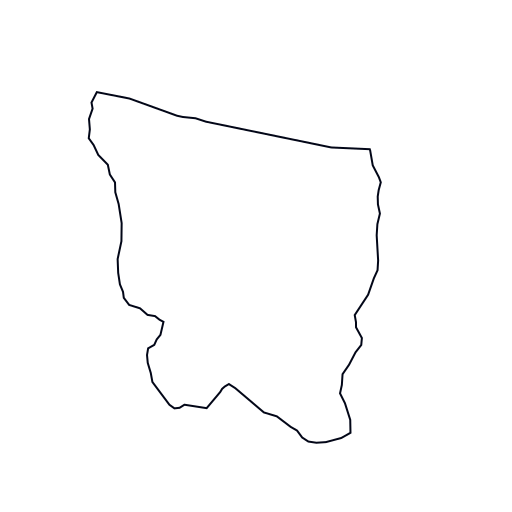 outline of Gharb - Chrarda - Béni Hssen, rotated 76°
{"feature_id": "MAR-1448", "entity_name": "Gharb - Chrarda - Béni Hssen", "entity_type": "Region", "adm_level": 1, "iso_a3": "MAR", "parent_name": "Morocco", "parent_adm1": "", "projection": "robinson", "projection_center": [-5.873, 34.557], "detail": "fine", "context": "isolated", "style": "outline", "palette": "ink", "viewbox_px": 512, "rotation_deg": 76, "n_neighbors": 0, "source": "natural_earth", "source_scale": "10m", "svg_char_len": 1237}
<svg xmlns="http://www.w3.org/2000/svg" viewBox="0 0 512 512"><g transform="rotate(76 256 256)"><path d="M58.5,370.8L72.6,340.7L100.8,298.7L103.4,293.4L107.7,281.4L113.6,272.0L168.9,156.7L179.9,119.8L180.0,119.8L181.2,119.7L196.3,120.8L209.3,117.7L214.7,117.1L221.7,121.0L227.7,123.5L235.4,125.2L244.8,125.5L254.4,130.5L265.1,133.9L290.0,138.6L299.2,141.5L306.1,147.0L320.7,156.6L337.2,174.5L344.4,175.0L349.4,176.2L361.2,173.1L367.8,175.4L373.5,182.7L384.0,192.0L391.6,200.6L401.9,203.9L409.6,207.7L420.4,205.3L437.8,204.2L450.4,207.1L453.2,217.2L453.5,233.2L451.8,242.6L448.7,250.1L443.3,255.1L435.3,258.4L430.2,263.7L416.6,274.6L409.7,286.2L379.2,308.1L373.7,313.3L375.1,317.9L376.7,321.0L379.3,323.6L391.7,340.7L383.0,361.4L384.8,366.9L384.1,372.0L379.4,376.0L353.2,387.0L344.0,386.4L333.5,386.9L325.7,385.7L319.5,383.0L317.6,376.2L312.9,372.5L309.4,367.8L297.5,361.7L294.5,365.0L289.9,368.5L286.9,375.5L278.7,381.2L272.8,390.9L264.6,394.4L258.6,393.7L250.6,394.9L239.0,393.8L225.5,391.0L209.1,383.0L191.6,378.4L172.4,376.7L160.1,377.1L150.5,375.0L141.6,378.1L131.6,377.7L119.8,384.6L109.1,386.7L101.3,389.8L93.0,386.6L82.7,384.9L73.5,378.9L67.3,378.5L58.5,370.8L58.5,370.8Z" fill="none" stroke="#020617" stroke-width="2"/></g></svg>